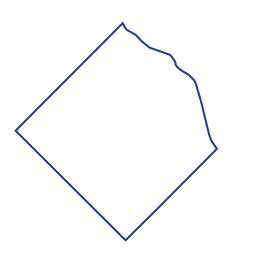 the district of Sheboygan, Wisconsin, United States of America, rotated 315°
{"feature_id": "52423323B63289928917909", "entity_name": "Sheboygan", "entity_type": "district", "adm_level": 2, "iso_a3": "USA", "parent_name": "United States of America", "parent_adm1": "Wisconsin", "projection": "natural_earth1", "projection_center": [-87.8, 43.717], "detail": "fine", "context": "isolated", "style": "outline", "palette": "blue", "viewbox_px": 256, "rotation_deg": 315, "n_neighbors": 0, "source": "geoboundaries", "source_scale": "gbopen_adm2", "svg_char_len": 464}
<svg xmlns="http://www.w3.org/2000/svg" viewBox="0 0 256 256"><g transform="rotate(315 128 128)"><path d="M46.6,50.4L46.9,205.6L89.3,205.9L176.2,205.6L177.7,196.7L180.8,189.8L197.3,162.8L207.2,144.8L208.5,141.2L208.4,132.8L206.5,125.5L205.9,119.7L206.5,116.6L207.6,115.6L208.4,113.5L209.3,108.7L209.4,108.3L209.3,105.7L200.1,86.5L199.0,77.0L199.3,67.7L196.7,58.3L196.7,55.3L198.4,50.1L89.0,50.3L46.6,50.4Z" fill="none" stroke="#1e3a8a" stroke-width="2"/></g></svg>